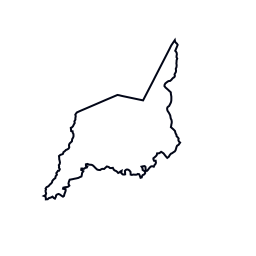 Sítio do Quinto, Bahia, Brazil, rotated 115°
{"feature_id": "56859067B85843569358413", "entity_name": "Sítio do Quinto", "entity_type": "district", "adm_level": 2, "iso_a3": "BRA", "parent_name": "Brazil", "parent_adm1": "Bahia", "projection": "albers", "projection_center": [-38.119, -10.319], "detail": "fine", "context": "isolated", "style": "outline", "palette": "ink", "viewbox_px": 256, "rotation_deg": 115, "n_neighbors": 0, "source": "geoboundaries", "source_scale": "gbopen_adm2", "svg_char_len": 3807}
<svg xmlns="http://www.w3.org/2000/svg" viewBox="0 0 256 256"><g transform="rotate(115 128 128)"><path d="M225.1,175.5L225.0,173.8L226.0,173.0L227.4,172.3L226.5,170.7L225.0,170.1L223.7,168.6L222.1,167.4L222.8,165.8L222.9,164.4L221.0,164.3L219.4,164.7L218.1,164.1L217.1,163.0L217.1,161.6L217.5,159.5L217.7,157.9L216.6,157.3L214.8,157.7L213.1,157.8L211.2,158.0L209.9,158.7L210.3,160.1L210.5,161.2L209.4,161.4L208.2,159.9L207.4,158.5L206.4,157.4L205.0,156.8L203.7,158.4L201.6,158.9L199.5,159.0L197.8,156.6L196.7,155.2L195.4,153.4L194.2,151.9L192.9,150.9L191.6,149.7L189.7,150.1L188.2,150.6L186.0,150.2L185.8,151.4L185.8,152.7L184.4,153.1L183.9,152.0L183.7,150.7L182.2,149.9L181.2,148.6L180.0,148.6L180.1,150.1L178.7,150.8L177.7,149.6L177.6,147.6L176.8,145.6L176.7,144.4L177.2,142.6L177.7,141.4L178.2,140.0L178.7,138.3L178.5,137.2L177.9,135.5L176.8,134.9L175.9,134.1L175.2,132.3L173.4,131.6L171.8,130.9L171.5,129.0L171.9,127.6L171.5,126.4L170.5,124.9L171.8,123.3L172.1,122.1L172.0,120.7L172.3,119.3L172.9,117.9L171.8,117.0L170.6,116.5L169.5,115.7L171.6,115.1L172.3,113.3L171.9,111.9L171.2,111.0L169.5,111.9L168.1,112.7L166.8,112.2L166.0,111.4L165.7,110.2L165.9,108.8L166.7,107.2L167.8,106.6L169.1,105.9L168.9,104.7L167.9,103.4L167.3,101.7L166.5,100.3L165.5,99.7L165.2,98.3L166.4,97.0L167.8,95.6L167.0,94.7L165.9,94.9L164.5,94.8L163.1,93.6L161.5,93.4L160.2,94.3L160.0,95.7L159.8,97.0L158.4,97.8L157.3,99.4L156.2,98.0L155.5,96.8L155.9,95.7L157.4,94.9L159.0,94.0L159.0,92.8L157.5,92.2L155.9,91.9L154.4,91.5L153.0,90.8L152.4,89.8L152.2,88.3L150.3,88.3L149.0,87.9L147.7,88.0L146.0,89.1L146.7,90.5L145.8,91.6L144.7,92.2L143.5,91.6L142.4,91.1L141.4,90.7L140.2,90.5L138.7,90.9L137.9,89.3L136.8,88.5L135.6,87.9L135.7,86.7L136.0,85.0L136.9,83.3L137.8,81.5L138.5,79.8L136.9,78.9L134.8,78.7L133.1,78.2L132.1,77.3L130.8,76.6L129.4,75.7L128.2,75.5L126.6,75.7L124.8,76.0L123.2,76.0L122.0,75.1L120.4,74.8L119.2,74.6L118.7,76.2L117.6,77.3L116.1,77.7L115.4,79.1L114.9,80.5L113.6,81.3L113.0,82.3L112.1,83.2L110.9,84.1L110.1,86.1L109.6,87.8L109.1,89.5L107.7,89.8L106.5,90.2L105.0,90.5L103.8,91.0L102.3,92.0L101.4,93.2L100.0,94.2L98.8,95.0L97.9,96.1L97.2,97.0L96.6,97.9L96.0,99.0L95.2,99.9L94.0,100.7L92.7,101.0L91.6,100.6L90.6,100.0L89.2,100.0L87.7,99.9L86.2,100.0L84.7,100.4L82.9,101.2L81.2,102.0L80.2,102.7L78.9,103.6L77.6,104.3L77.2,105.4L76.9,106.5L76.5,107.5L76.2,108.6L75.8,109.8L75.5,111.0L74.6,112.7L73.3,113.1L71.8,113.0L70.4,112.3L69.2,111.7L68.3,111.0L67.5,109.7L65.9,109.0L64.6,108.7L63.3,108.2L62.4,107.5L61.0,107.5L59.7,108.5L58.4,108.4L56.9,108.3L55.5,108.8L54.2,109.7L52.3,109.8L50.4,110.5L49.1,111.4L47.7,111.9L46.0,112.6L44.3,112.7L43.4,113.9L42.3,114.4L40.7,114.8L39.3,115.7L38.5,116.8L38.1,117.8L31.7,118.1L30.9,119.3L30.5,120.6L29.9,121.8L28.6,122.7L33.7,123.5L35.0,123.7L39.3,123.8L70.8,125.0L74.5,125.1L93.6,125.9L96.6,126.0L101.5,147.0L102.0,149.6L102.5,151.5L111.7,159.8L120.7,167.8L129.0,175.2L132.0,177.9L134.3,179.9L135.5,180.9L136.8,181.2L138.2,181.4L139.3,180.4L141.2,179.9L142.7,179.2L144.6,179.4L146.0,178.4L147.7,178.6L149.6,178.6L151.1,179.1L152.0,179.9L153.2,179.2L154.8,178.2L154.4,176.8L155.6,176.2L156.2,175.2L157.2,174.5L158.8,173.8L160.1,173.7L161.2,173.9L162.3,173.7L163.8,173.2L165.3,173.8L166.5,174.3L167.7,174.4L169.0,174.0L170.2,173.1L171.7,173.1L173.0,173.9L174.2,175.0L175.5,175.4L177.2,176.3L178.9,176.0L179.8,176.7L180.9,177.9L182.6,178.7L184.0,177.8L185.4,177.1L186.6,176.1L188.0,175.1L189.5,174.7L190.9,175.0L192.1,174.1L193.2,173.8L194.1,172.4L195.8,172.4L196.4,173.4L197.8,173.6L199.2,173.9L200.4,172.7L202.3,173.2L204.1,172.7L205.6,173.5L206.7,173.9L208.0,174.2L209.4,173.9L210.8,174.2L212.2,174.9L213.6,175.2L214.7,175.7L216.0,176.8L217.7,177.1L218.4,176.3L219.5,176.3L220.8,175.6L221.8,174.6L223.5,174.3L225.1,175.5Z" fill="none" stroke="#020617" stroke-width="2"/></g></svg>